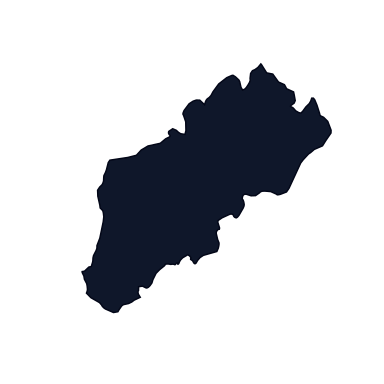 outline of Francisco Morazán, rotated 212°
{"feature_id": "HND-639", "entity_name": "Francisco Morazán", "entity_type": "Department", "adm_level": 1, "iso_a3": "HND", "parent_name": "Honduras", "parent_adm1": "", "projection": "robinson", "projection_center": [-87.226, 14.346], "detail": "fine", "context": "isolated", "style": "filled", "palette": "ink", "viewbox_px": 384, "rotation_deg": 212, "n_neighbors": 0, "source": "natural_earth", "source_scale": "10m", "svg_char_len": 3434}
<svg xmlns="http://www.w3.org/2000/svg" viewBox="0 0 384 384"><g transform="rotate(212 192 192)"><path d="M166.6,124.2L167.3,124.0L167.5,123.4L167.6,122.1L167.8,121.5L168.2,121.2L168.9,121.1L170.0,120.7L171.6,119.4L172.2,119.1L172.9,118.9L173.7,118.5L174.6,118.0L176.0,117.0L176.4,116.4L176.4,116.0L176.2,115.7L176.3,114.8L178.3,109.0L179.4,104.0L178.7,96.9L177.8,93.6L178.0,90.3L178.5,88.2L179.1,87.1L179.7,86.5L180.2,86.3L184.1,85.9L187.1,83.4L185.2,80.2L185.0,78.7L184.0,77.6L183.3,76.9L180.1,75.3L183.7,69.7L184.8,66.8L186.7,63.8L190.4,60.2L191.0,59.0L191.3,57.8L191.5,53.4L191.4,51.2L194.7,48.2L203.5,46.9L205.3,47.0L207.4,47.5L208.9,48.3L211.8,49.2L221.7,48.8L227.9,50.3L228.4,52.6L229.1,54.1L231.0,56.6L232.7,58.5L237.0,61.0L239.2,63.5L241.8,65.1L242.6,65.7L243.0,66.3L241.2,67.9L239.7,73.7L237.9,75.4L239.1,79.8L239.7,81.3L241.0,83.6L241.8,85.9L242.3,91.6L242.8,93.9L244.2,96.2L245.7,104.0L251.5,119.7L253.7,124.3L256.2,127.4L257.8,128.9L261.4,129.8L263.1,131.9L269.6,138.5L273.0,143.5L272.9,147.3L272.1,150.7L272.3,152.4L272.8,154.4L274.7,157.8L275.4,159.3L275.7,162.5L276.3,165.4L278.6,172.6L278.5,175.5L264.7,187.3L258.6,193.7L257.3,200.7L253.7,207.7L244.7,216.5L242.5,223.2L240.5,226.4L240.1,227.4L240.3,228.2L241.9,228.7L242.9,229.3L243.6,230.3L243.8,231.1L241.9,235.4L238.0,236.0L235.0,235.4L232.5,235.4L228.5,237.1L229.7,240.9L234.5,248.2L239.6,252.4L241.0,253.3L241.5,254.6L241.9,256.9L241.2,265.3L239.2,269.6L237.1,272.2L234.1,274.0L227.6,272.7L228.4,275.7L228.6,277.3L228.4,279.1L227.5,281.2L227.0,283.9L227.3,288.1L226.6,297.8L223.1,307.4L220.0,311.9L219.1,312.7L216.2,312.7L211.6,311.8L210.1,310.9L205.9,306.7L203.1,305.3L201.9,307.0L201.6,307.8L201.3,309.4L201.2,312.4L201.3,315.4L201.8,317.6L203.0,319.2L205.1,323.6L205.0,326.9L203.5,329.1L202.1,332.5L201.6,336.2L201.5,337.1L200.7,336.9L191.8,332.6L186.0,334.8L176.9,331.1L170.5,332.0L168.7,331.0L166.5,329.7L158.9,330.7L156.4,328.1L152.9,324.2L152.5,321.5L153.9,317.9L154.0,317.0L153.3,316.8L152.2,316.8L151.4,317.0L149.3,316.5L147.1,315.8L143.5,315.9L141.5,316.6L140.9,319.0L140.5,324.5L139.4,329.1L139.5,332.1L140.2,335.0L138.8,335.9L136.9,335.3L132.1,331.9L125.5,326.3L124.9,325.6L124.1,325.0L123.4,324.7L120.0,325.1L114.3,323.8L106.8,318.1L105.4,315.7L105.8,306.5L105.8,300.3L110.9,292.9L112.4,288.0L112.9,287.1L113.4,285.7L114.8,278.3L115.2,274.2L111.7,246.5L111.9,242.1L115.8,236.9L117.2,235.5L118.3,234.8L119.5,234.9L125.4,234.1L130.7,231.4L132.9,229.9L134.1,228.3L134.3,227.1L136.2,222.6L139.9,220.1L144.7,218.9L146.1,218.1L146.9,216.7L146.8,215.5L146.6,214.6L146.0,213.2L145.8,212.9L145.3,212.6L144.7,212.4L144.1,212.0L143.3,211.4L142.2,210.3L141.1,209.0L140.5,207.7L140.1,205.5L139.8,197.2L140.1,194.9L140.6,193.7L141.4,193.3L142.3,193.2L143.4,193.4L145.6,194.7L147.0,194.1L148.0,193.4L152.8,186.1L154.8,181.6L154.1,180.0L149.6,176.1L149.3,175.5L149.1,174.9L149.8,174.3L150.2,173.4L150.3,171.4L149.9,170.4L149.4,169.6L145.1,165.3L142.1,163.1L141.2,161.6L140.4,159.6L139.9,158.0L139.4,154.7L148.8,144.3L150.5,140.5L150.6,139.4L150.8,138.2L151.0,137.0L150.9,133.9L151.2,133.0L151.8,132.6L152.5,132.7L153.3,133.0L154.1,133.5L154.9,133.9L155.7,134.1L156.4,134.1L156.9,134.1L157.4,134.1L157.7,134.5L157.9,135.3L158.1,135.7L158.7,136.0L159.5,136.3L160.2,136.5L162.3,136.6L165.1,131.2L165.7,128.3L165.7,127.1L165.6,125.9L165.3,124.3L165.5,123.5L165.7,123.3L166.0,123.5L166.3,123.9L166.6,124.2Z" fill="#0f172a" stroke="#020617" stroke-width="1.5"/></g></svg>